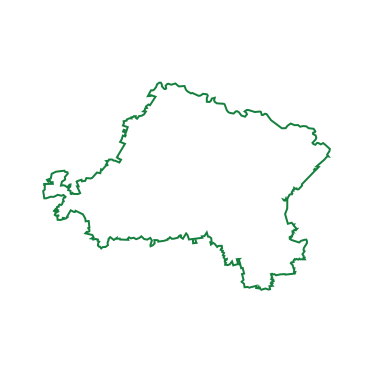 Tihuatlán, Veracruz, Mexico (Robinson projection), rotated 255°
{"feature_id": "50627088B14039752645412", "entity_name": "Tihuatlán", "entity_type": "district", "adm_level": 2, "iso_a3": "MEX", "parent_name": "Mexico", "parent_adm1": "Veracruz", "projection": "robinson", "projection_center": [-97.558, 20.676], "detail": "fine", "context": "isolated", "style": "outline", "palette": "green", "viewbox_px": 384, "rotation_deg": 255, "n_neighbors": 0, "source": "geoboundaries", "source_scale": "gbopen_adm2", "svg_char_len": 5983}
<svg xmlns="http://www.w3.org/2000/svg" viewBox="0 0 384 384"><g transform="rotate(255 192 192)"><path d="M88.0,260.9L86.6,270.2L88.0,271.1L88.3,269.8L91.7,271.1L91.7,270.4L95.4,270.3L97.6,269.0L98.3,269.7L98.0,272.0L99.6,272.5L100.6,273.8L99.9,274.5L100.3,275.5L99.2,277.2L99.8,278.4L99.0,278.9L97.8,283.5L98.7,283.2L99.5,283.8L99.9,282.8L101.3,283.3L103.3,282.6L105.7,285.4L107.0,284.7L108.9,285.5L112.9,289.8L114.7,290.3L116.4,290.1L116.7,288.5L116.6,284.8L115.5,282.4L120.1,275.4L121.9,275.2L121.7,274.4L123.2,274.7L123.4,276.2L122.7,275.9L123.0,277.1L124.1,277.2L124.9,278.5L127.6,278.8L127.2,279.4L127.8,279.2L128.5,279.9L128.4,281.1L128.8,281.2L128.2,282.5L129.2,283.9L129.4,282.7L130.6,283.0L133.3,281.5L134.2,282.3L134.3,281.4L136.5,280.3L136.5,276.4L146.6,276.2L151.4,279.7L159.7,282.0L159.6,279.4L160.2,278.5L161.0,278.3L159.8,279.9L161.4,281.1L160.2,281.2L160.1,281.8L164.1,285.4L164.3,287.2L163.9,287.9L164.7,288.6L166.0,288.3L167.3,289.8L167.1,290.4L168.1,290.4L168.3,291.1L169.5,291.7L168.5,292.4L168.4,293.8L167.8,293.7L167.0,295.0L167.3,296.1L169.7,300.0L171.0,300.1L180.9,316.6L181.9,315.7L182.5,316.5L181.6,317.9L183.4,320.9L184.4,318.8L188.9,328.0L191.6,332.1L191.1,333.0L193.1,332.2L196.0,335.4L197.9,336.3L203.3,332.8L205.3,331.3L204.7,328.7L206.8,326.5L207.0,325.5L205.7,323.3L207.0,321.6L208.3,321.1L210.8,325.1L212.2,326.1L214.6,326.1L216.7,323.9L218.0,324.4L218.0,326.2L218.8,326.8L221.6,325.8L223.5,321.1L225.8,319.5L226.9,316.5L227.1,313.3L229.2,311.8L230.0,308.4L232.6,305.0L231.2,301.3L229.4,299.0L230.3,295.3L240.8,287.0L247.9,284.2L248.7,282.7L248.0,280.3L248.4,279.3L251.4,279.3L252.1,278.6L253.0,273.4L256.5,267.9L257.0,266.0L256.2,263.7L254.5,264.9L252.8,265.2L251.0,262.7L253.1,259.5L256.8,258.0L258.3,256.6L258.5,255.2L257.0,252.5L258.5,249.3L259.5,247.9L261.8,246.8L268.2,246.2L269.0,245.5L271.2,239.0L273.2,237.3L274.9,237.1L277.1,238.3L277.1,235.2L275.3,234.0L274.4,232.2L275.3,229.7L278.9,230.6L280.9,232.2L282.4,231.8L284.0,228.1L283.0,225.4L283.1,223.4L287.6,217.9L287.5,216.6L290.2,213.8L292.4,212.6L296.3,212.2L297.4,206.6L301.1,204.1L301.0,199.8L302.7,197.1L302.7,196.0L301.4,194.0L298.9,193.9L298.3,193.0L298.7,191.9L301.8,190.3L303.5,190.7L305.7,190.2L306.1,188.7L305.1,186.2L302.7,184.5L300.7,181.9L300.3,180.5L300.8,178.7L296.0,174.2L295.5,177.1L296.1,177.5L293.5,181.4L286.7,173.9L287.8,172.6L286.5,169.7L284.8,170.2L284.9,168.4L283.3,167.6L282.5,165.9L281.6,168.2L279.4,165.8L278.7,163.1L279.0,160.5L277.0,157.9L278.4,156.8L279.8,157.3L280.3,155.3L279.7,154.6L279.8,152.7L278.7,152.6L279.4,150.8L278.9,147.8L277.9,147.3L278.0,144.2L276.1,144.1L274.1,142.5L271.3,146.7L268.1,144.6L269.7,142.2L268.2,141.0L266.6,143.5L265.0,142.3L264.0,142.7L263.0,141.9L264.4,139.8L261.1,137.8L259.0,135.5L255.9,139.7L245.2,128.7L244.9,129.2L244.0,128.9L241.6,131.8L239.3,129.5L242.3,125.6L242.6,124.4L244.0,123.3L244.8,120.3L243.9,119.5L244.1,117.3L242.9,118.1L241.6,116.8L240.6,117.2L240.5,116.3L239.8,116.7L239.8,115.7L236.5,110.9L237.4,110.1L233.9,108.3L235.4,105.2L231.5,99.3L231.3,97.7L232.8,93.6L230.4,91.7L230.8,88.5L232.4,88.5L232.2,83.8L231.8,83.2L226.8,83.9L227.2,82.4L219.9,83.7L219.5,81.4L220.8,77.1L222.0,76.3L221.2,75.3L221.6,74.4L224.6,74.9L225.9,72.9L228.1,74.5L228.7,75.8L230.7,76.6L230.8,75.7L228.7,72.8L230.8,71.2L231.8,69.6L232.1,67.1L235.6,69.0L236.9,72.7L239.3,73.0L241.9,76.8L243.3,76.8L244.2,74.7L245.6,74.3L246.8,65.9L245.9,61.2L241.6,59.1L241.3,55.1L239.5,55.6L239.0,56.1L239.7,57.6L237.8,58.1L237.6,59.9L235.9,59.7L238.0,51.3L236.8,51.0L236.4,51.5L232.5,50.4L231.4,48.5L224.1,47.7L223.6,49.5L224.0,54.1L223.1,57.5L224.0,61.6L222.2,64.9L222.4,67.0L220.1,68.6L219.6,68.2L219.6,66.6L217.9,65.5L216.2,65.7L216.1,64.8L213.9,63.4L213.3,62.3L214.2,60.8L213.4,59.6L212.3,59.5L212.4,57.7L210.5,57.0L211.0,56.1L209.4,53.8L208.3,54.9L209.9,56.8L209.1,57.8L208.6,57.1L207.8,57.6L207.0,54.8L205.5,53.5L204.3,54.5L203.9,57.6L203.3,55.5L199.9,55.0L199.0,57.9L199.2,60.4L200.4,60.6L200.1,61.5L199.1,61.5L199.1,63.4L199.9,65.2L200.3,64.7L205.7,70.1L203.3,72.8L203.0,73.7L204.0,74.7L198.6,80.9L194.1,82.0L191.2,81.7L190.7,84.7L184.2,83.7L184.1,82.5L183.6,82.4L182.4,83.1L180.8,82.8L180.4,82.1L180.7,79.9L179.7,78.3L176.3,84.6L173.7,85.2L173.1,82.8L172.4,84.3L171.6,84.3L171.6,86.8L170.4,88.8L169.3,88.2L168.0,89.5L167.0,88.2L164.6,87.3L163.2,88.1L163.1,88.9L161.0,89.7L161.9,91.4L161.3,94.1L162.4,97.0L164.9,97.3L167.4,99.2L168.1,99.1L169.6,101.3L165.9,104.1L167.0,107.1L166.4,106.8L165.7,110.2L164.7,110.3L162.3,118.1L163.6,118.0L164.5,119.4L163.0,121.1L162.9,123.9L160.9,125.8L161.2,129.1L162.3,131.6L158.9,133.7L157.6,136.5L158.5,139.8L155.5,140.7L151.6,138.1L150.3,138.0L150.7,140.5L152.0,142.6L155.3,143.2L154.4,146.2L153.8,146.8L152.8,146.6L152.1,152.4L152.2,156.1L153.0,156.4L152.9,157.4L154.0,159.0L152.1,160.3L151.6,162.1L151.5,166.5L152.9,168.2L153.2,169.8L152.8,170.2L151.3,169.4L149.2,171.1L153.5,175.6L151.6,176.5L146.9,176.8L146.4,180.7L142.2,179.8L141.7,183.2L146.1,182.7L145.1,190.1L146.6,190.0L146.2,192.6L149.1,195.8L144.8,195.9L144.2,197.3L142.4,198.6L139.1,198.1L138.9,196.7L136.3,196.7L137.4,199.2L136.0,200.5L132.4,202.1L133.1,203.5L132.3,206.8L129.9,206.5L129.8,205.6L128.7,204.7L127.3,206.5L126.3,205.6L124.9,207.2L123.0,205.5L121.8,206.7L120.9,205.6L118.1,206.4L118.3,208.3L117.7,208.1L117.2,206.0L116.3,205.6L115.0,206.4L114.7,205.7L113.1,205.2L112.8,206.8L112.2,207.2L112.3,209.7L114.6,212.7L110.4,212.9L110.5,217.9L115.5,217.9L115.0,220.5L114.6,219.8L110.7,219.9L110.6,219.2L109.9,219.2L110.1,219.9L105.6,219.8L105.5,221.3L99.7,221.2L99.8,219.1L93.8,219.0L92.4,216.7L89.9,218.5L86.4,218.1L85.9,221.1L84.8,222.5L84.7,230.1L82.7,229.1L81.9,230.8L83.0,231.8L81.9,231.8L82.0,232.8L80.9,232.7L79.6,233.7L79.8,237.9L78.0,240.6L77.9,242.2L81.0,242.5L80.5,245.6L83.0,244.6L83.1,245.9L84.2,245.3L84.7,247.8L85.9,247.8L85.7,247.1L86.9,246.2L87.0,246.7L88.2,246.5L88.4,247.4L92.2,247.0L92.3,248.2L91.3,249.1L91.3,250.4L89.8,251.6L89.6,255.9L88.6,260.6L88.0,260.9Z" fill="none" stroke="#15803d" stroke-width="2"/></g></svg>